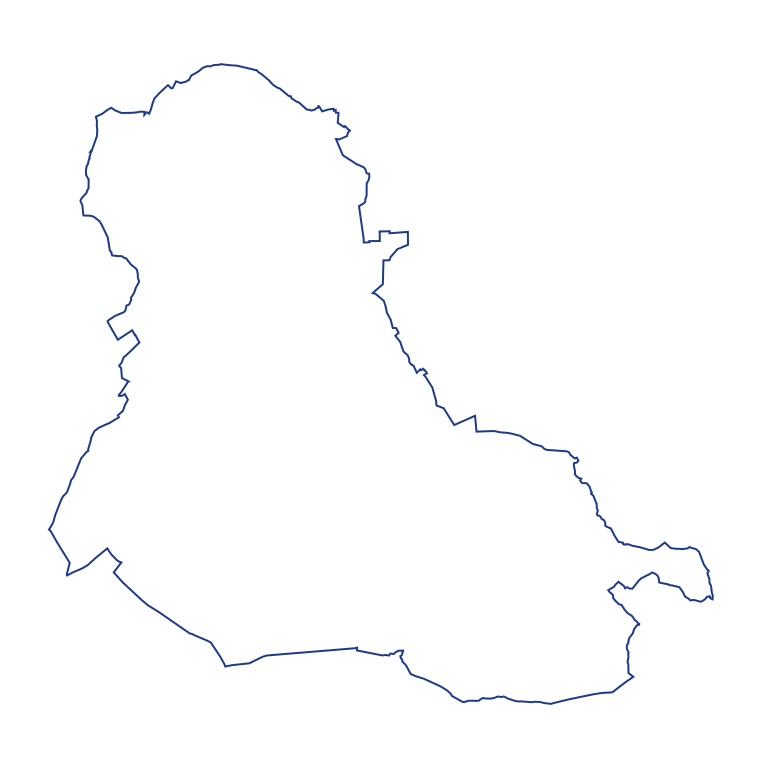 the district of Sibiu, Sibiu, Romania, rotated 271°
{"feature_id": "2599482B24946279921532", "entity_name": "Sibiu", "entity_type": "district", "adm_level": 2, "iso_a3": "ROU", "parent_name": "Romania", "parent_adm1": "Sibiu", "projection": "equal_earth", "projection_center": [24.141, 45.783], "detail": "fine", "context": "isolated", "style": "outline", "palette": "blue", "viewbox_px": 768, "rotation_deg": 271, "n_neighbors": 0, "source": "geoboundaries", "source_scale": "gbopen_adm2", "svg_char_len": 6070}
<svg xmlns="http://www.w3.org/2000/svg" viewBox="0 0 768 768"><g transform="rotate(271 384 384)"><path d="M367.5,436.5L381.3,432.4L391.9,425.4L393.6,423.8L395.6,426.8L397.5,425.4L398.5,424.6L398.3,424.2L399.9,423.0L398.4,420.9L399.3,420.1L395.8,416.6L402.4,413.4L403.5,412.2L403.9,410.9L406.4,408.9L409.8,408.7L413.4,407.0L415.7,404.1L417.1,402.8L426.5,399.4L432.4,394.5L435.4,397.7L440.1,395.2L440.2,391.8L448.3,389.6L455.3,385.7L462.9,383.9L467.2,382.3L473.3,374.8L474.2,373.5L474.7,371.1L483.8,381.1L507.6,381.3L507.8,387.3L511.1,388.4L519.1,395.1L523.6,405.6L536.5,405.2L534.8,386.9L536.8,387.0L536.4,377.0L526.9,377.3L526.6,366.8L525.4,366.9L525.1,361.3L529.0,361.1L561.4,355.9L564.1,360.3L565.7,362.0L568.3,362.1L572.0,363.3L584.6,363.2L587.1,364.9L590.9,365.8L594.0,365.5L594.1,363.8L594.9,362.7L597.9,361.8L600.2,360.1L602.9,354.0L602.9,353.4L611.9,339.0L612.8,338.5L628.1,331.7L628.2,332.6L627.7,334.9L631.2,342.6L634.7,343.6L636.8,345.5L638.0,343.7L641.0,340.8L641.1,340.2L640.2,339.6L644.3,333.2L654.4,333.8L654.4,331.1L657.1,330.9L656.3,329.1L658.3,328.8L657.5,323.6L655.5,317.4L660.5,314.3L660.7,313.5L658.9,313.0L658.4,311.4L657.0,309.8L656.1,306.3L656.9,304.8L657.0,302.1L663.8,294.3L664.9,291.4L667.5,287.4L668.3,286.4L670.1,285.8L670.2,284.1L670.7,283.3L677.7,274.5L678.3,272.5L681.2,267.8L685.8,263.4L691.3,256.7L693.4,253.3L695.7,251.0L695.6,249.2L696.1,248.3L699.7,231.5L700.0,225.3L700.9,215.3L700.4,214.0L699.9,208.3L698.6,205.0L698.6,201.4L696.9,197.2L693.9,193.8L691.5,190.3L689.2,186.0L684.3,183.5L684.2,182.5L682.8,180.6L681.4,175.3L683.0,170.8L676.0,167.4L676.1,165.7L678.8,163.3L679.0,162.7L671.0,154.4L665.5,149.5L661.8,148.1L653.7,145.9L650.1,144.4L651.2,143.2L651.5,141.9L648.9,139.7L651.9,139.8L652.1,136.4L651.1,130.9L650.7,126.3L650.4,116.9L652.9,110.3L655.4,106.5L653.8,103.6L649.3,97.6L646.2,91.3L642.0,92.4L637.8,92.3L632.8,92.9L626.7,92.6L611.6,87.5L611.8,86.8L611.0,86.6L610.5,85.9L609.7,86.7L605.2,85.4L604.2,85.8L603.1,85.0L598.3,84.0L597.4,83.1L592.5,82.2L587.8,82.5L583.3,85.1L574.5,85.2L572.0,83.7L570.1,83.3L564.5,78.5L562.3,77.4L561.4,77.4L557.4,79.3L547.3,80.5L547.1,88.1L546.0,91.1L542.1,96.4L538.9,98.7L525.8,105.2L512.6,107.6L511.1,109.2L510.7,108.9L507.8,110.0L507.3,114.8L507.2,119.8L505.6,122.0L505.1,124.1L499.1,128.8L495.1,134.0L493.4,135.1L489.7,135.9L486.4,136.0L481.9,137.4L475.3,133.9L473.0,133.4L469.9,132.1L465.9,129.5L463.9,129.8L459.6,128.1L458.7,127.2L458.0,125.1L452.9,124.2L451.2,122.5L447.3,113.7L443.0,107.5L442.1,106.6L441.3,106.6L423.6,117.1L433.3,131.3L428.6,134.0L428.9,134.4L421.2,138.7L408.4,126.0L406.3,123.3L401.2,121.5L397.6,118.9L395.2,120.9L385.4,121.9L382.0,128.7L381.4,127.8L371.5,121.6L368.2,119.0L367.5,119.1L367.4,121.0L368.2,123.6L369.4,125.1L363.8,128.2L358.6,125.4L352.7,123.5L348.0,118.4L346.1,119.5L340.4,110.5L335.5,100.0L332.0,95.4L325.1,92.1L323.0,92.0L313.8,89.4L312.0,89.5L311.0,87.9L304.4,82.5L286.0,75.4L282.3,72.8L277.7,71.6L270.0,68.8L265.9,64.9L262.0,63.0L247.5,57.7L239.4,55.5L232.5,51.6L231.8,52.7L229.8,54.1L220.6,59.5L199.7,72.9L188.0,70.1L187.1,70.5L190.1,76.0L194.2,85.1L197.4,90.5L205.5,99.2L214.8,110.2L209.0,114.2L203.5,119.7L202.1,121.5L201.0,124.5L190.9,117.1L181.0,126.3L163.9,145.4L158.8,151.6L151.5,163.7L131.1,194.3L130.8,196.4L129.6,198.6L124.4,211.5L122.5,215.4L108.2,225.2L101.3,229.2L98.8,230.2L100.3,237.5L102.4,254.3L109.2,267.5L110.5,271.5L119.3,359.6L119.9,361.7L117.1,361.6L112.7,386.5L112.7,388.1L113.1,390.0L112.6,393.8L114.2,394.7L114.6,395.3L114.2,398.6L115.7,399.8L117.1,402.2L117.6,403.6L117.8,407.8L116.9,407.7L115.5,406.9L114.6,407.1L112.7,406.2L112.4,405.2L111.2,405.2L109.5,406.1L109.2,406.8L106.7,407.3L103.8,410.3L101.3,412.0L94.5,415.7L92.4,420.8L89.9,429.3L82.6,445.9L78.8,452.3L75.6,456.0L73.2,457.5L68.0,467.2L67.3,469.4L68.8,474.2L68.9,484.1L71.3,487.3L71.8,488.9L71.3,490.7L71.3,496.3L72.3,500.4L73.3,502.7L73.5,504.1L73.0,506.0L73.6,508.8L73.4,509.9L71.6,513.5L69.7,519.6L68.9,524.0L69.1,526.2L68.4,537.2L68.9,539.8L68.8,545.3L67.8,549.7L67.1,556.6L68.1,559.7L72.1,575.1L77.4,598.6L78.9,607.5L79.7,617.7L90.2,630.8L95.6,638.4L99.3,633.5L107.7,633.2L110.2,632.4L115.8,633.2L118.8,632.8L119.6,633.3L123.7,631.4L126.3,631.4L127.7,631.7L129.0,632.8L130.3,632.7L133.7,633.5L135.0,634.1L139.0,637.1L143.4,638.4L147.7,641.6L147.6,643.1L148.2,643.4L148.6,643.4L148.9,642.7L151.3,640.4L152.4,638.8L155.4,636.9L156.9,635.3L159.2,631.5L163.6,627.6L164.7,627.3L165.5,626.4L167.3,625.4L167.9,622.7L171.6,618.8L174.1,616.9L176.8,616.6L177.7,616.0L179.9,613.2L181.8,611.8L185.2,617.4L187.5,619.0L190.3,621.9L186.3,627.3L183.9,628.7L184.9,629.9L185.1,630.6L183.8,633.0L183.7,635.9L191.5,641.9L194.1,644.4L199.0,653.7L200.3,655.4L199.1,658.2L197.4,660.7L194.7,662.0L190.3,662.7L188.7,671.5L187.8,673.1L187.7,675.4L186.0,682.9L181.0,686.6L176.8,688.6L174.6,692.4L173.0,694.0L173.5,697.7L171.9,704.1L172.0,705.1L174.2,708.6L176.6,710.5L177.5,713.1L177.2,713.7L175.9,713.7L175.4,714.1L174.5,716.3L178.4,716.4L181.2,715.4L187.9,714.5L190.8,712.9L194.5,712.7L200.6,710.6L202.6,712.0L203.2,711.8L203.7,710.7L209.2,706.9L221.6,702.0L224.5,698.6L225.1,695.5L226.2,692.5L226.1,691.9L225.0,690.7L224.0,684.3L224.3,683.4L224.4,677.8L225.0,673.5L230.4,667.5L225.6,661.6L223.0,656.7L222.7,654.2L222.8,651.6L225.2,643.0L226.7,634.6L227.7,632.4L228.1,629.8L228.1,628.9L227.7,628.8L227.7,626.4L228.2,625.8L229.3,625.9L230.0,623.3L230.1,621.3L236.1,617.3L243.5,613.4L245.3,608.9L246.3,607.6L248.7,607.7L251.6,606.5L252.9,604.0L254.8,602.9L256.0,601.7L256.1,600.4L256.8,599.4L258.1,599.1L261.0,600.0L264.5,598.8L267.5,598.8L275.4,595.5L276.2,595.1L277.7,593.0L278.3,593.0L279.0,593.8L280.4,592.9L285.0,591.3L288.3,588.5L288.4,584.1L288.7,583.4L291.0,581.8L292.8,582.9L293.4,580.4L295.7,577.5L297.4,576.3L299.6,576.6L305.9,575.2L308.2,575.4L308.9,578.4L310.7,579.7L313.7,578.1L313.0,575.8L316.3,571.8L319.2,569.9L319.9,567.7L321.0,547.7L322.0,545.4L324.5,542.6L326.7,533.7L334.5,521.0L336.5,512.9L337.3,508.1L337.7,501.5L338.9,494.8L338.0,477.3L353.8,475.6L344.2,454.9L360.8,444.1L363.5,436.8L367.5,436.5Z" fill="none" stroke="#1e3a8a" stroke-width="2"/></g></svg>